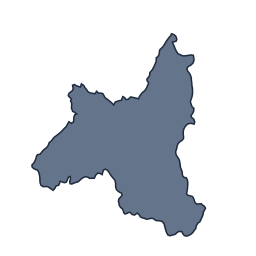 Santo Antônio do Jacinto, Minas Gerais, Brazil, rotated 189°
{"feature_id": "56859067B97088826230924", "entity_name": "Santo Antônio do Jacinto", "entity_type": "district", "adm_level": 2, "iso_a3": "BRA", "parent_name": "Brazil", "parent_adm1": "Minas Gerais", "projection": "robinson", "projection_center": [-40.275, -16.528], "detail": "fine", "context": "isolated", "style": "filled", "palette": "slate", "viewbox_px": 256, "rotation_deg": 189, "n_neighbors": 0, "source": "geoboundaries", "source_scale": "gbopen_adm2", "svg_char_len": 3611}
<svg xmlns="http://www.w3.org/2000/svg" viewBox="0 0 256 256"><g transform="rotate(189 128 128)"><path d="M217.1,76.6L216.7,74.6L215.0,73.3L213.0,72.6L211.3,72.4L209.7,71.1L208.4,68.4L207.5,65.9L206.9,63.0L206.3,60.2L205.0,57.8L202.6,56.7L200.2,57.3L198.1,57.5L195.3,56.2L192.2,54.7L190.7,57.1L190.0,59.5L187.5,60.6L186.9,63.0L186.5,64.8L184.4,64.4L182.4,64.0L180.5,64.8L179.7,67.5L179.1,70.1L177.6,71.1L176.8,68.9L177.3,66.1L176.5,63.9L174.6,63.9L172.9,65.1L170.7,66.2L169.1,66.9L167.6,68.5L166.3,70.3L164.8,71.7L162.6,73.2L160.1,73.2L158.2,72.3L156.0,72.6L153.4,73.1L152.5,76.4L150.8,78.7L148.3,78.7L146.2,77.9L146.0,80.8L145.5,82.7L144.0,83.8L141.8,83.1L139.5,80.9L137.9,78.9L136.2,77.3L134.5,75.9L132.7,74.3L131.6,71.4L131.0,67.9L129.8,65.4L127.6,63.8L126.0,63.2L124.1,62.5L123.4,60.6L124.6,58.5L126.0,56.4L126.0,54.2L125.2,52.3L124.6,50.3L122.9,48.4L120.8,47.2L119.7,45.5L119.0,43.7L117.6,42.6L116.0,43.2L114.7,44.4L112.7,45.0L110.5,43.3L108.0,43.0L105.5,45.4L103.4,44.0L101.8,42.1L99.4,41.4L97.7,41.5L96.2,40.8L94.1,41.1L92.4,41.9L90.4,42.6L88.2,42.2L86.3,41.1L84.4,41.0L82.6,41.3L79.6,41.0L77.4,39.1L76.5,36.9L75.7,35.0L74.7,32.9L73.5,30.7L71.9,28.6L69.8,28.1L67.2,29.3L64.7,30.4L63.4,32.2L61.7,33.7L58.7,34.1L56.9,31.7L55.4,30.5L52.7,30.5L50.2,32.1L48.8,33.4L47.4,35.2L46.4,37.5L45.4,39.1L45.2,42.0L44.2,44.8L42.3,46.7L41.7,48.7L40.9,51.5L40.3,54.3L40.4,56.8L39.6,58.7L38.9,61.0L40.4,62.7L42.3,63.6L43.7,64.6L45.7,64.2L48.3,63.6L50.4,65.2L51.4,67.3L52.6,69.4L54.2,70.6L56.5,70.7L58.7,71.1L59.9,72.3L59.8,74.7L59.8,77.4L60.0,80.2L60.3,82.9L61.2,86.0L62.7,88.0L64.8,88.0L66.4,89.1L67.1,90.9L67.5,92.8L68.8,95.3L70.1,97.5L71.0,100.8L72.2,104.2L73.8,106.3L75.6,108.2L76.7,109.9L77.2,112.3L76.7,115.1L76.7,117.5L76.2,120.1L75.0,122.1L73.7,123.3L72.4,124.7L71.5,126.3L71.8,128.3L72.4,130.4L72.8,132.3L72.8,135.2L72.0,137.8L70.6,140.3L69.3,141.5L67.3,142.3L65.2,142.4L63.4,142.1L63.0,144.3L64.4,147.0L66.7,148.3L67.8,150.2L66.5,152.2L65.8,154.8L66.0,157.8L67.8,158.7L69.1,160.9L70.5,163.5L70.2,166.1L69.7,168.5L69.6,171.7L70.0,174.5L70.5,177.1L71.5,179.9L72.1,182.6L72.9,185.3L73.4,187.6L74.7,190.2L76.2,192.0L77.9,193.5L79.2,195.8L78.0,198.3L75.7,200.0L73.9,202.4L73.4,205.3L73.9,207.2L74.8,210.0L76.8,210.1L78.7,209.5L80.6,208.9L82.7,208.3L85.1,207.8L87.6,208.5L90.3,209.2L92.7,212.0L94.1,214.1L95.1,216.0L96.5,217.8L97.5,219.8L95.4,220.6L93.9,221.4L93.7,223.5L94.9,225.8L96.5,227.1L98.1,227.6L99.8,227.9L100.2,225.9L101.4,224.3L103.5,220.2L105.9,214.2L108.9,210.1L108.9,205.1L109.7,203.2L111.1,201.7L110.6,198.0L111.8,193.3L113.1,189.3L115.1,186.2L114.9,183.0L117.0,179.1L116.4,177.3L114.7,176.0L115.1,173.7L116.0,170.4L117.2,167.6L119.4,165.2L121.6,161.1L122.2,158.5L124.6,158.8L130.2,159.1L132.3,156.4L134.4,155.8L136.2,157.6L138.1,158.2L138.8,154.4L142.1,153.1L144.6,151.7L145.8,148.5L148.2,150.4L153.1,153.3L155.0,153.9L158.2,158.0L160.7,158.2L162.7,157.8L164.7,159.4L166.0,156.7L168.7,156.7L171.1,156.7L173.5,157.8L175.0,159.6L177.1,161.4L178.2,163.0L180.9,164.3L181.5,160.9L183.8,161.4L185.5,161.5L187.6,162.6L189.5,161.6L188.6,159.3L188.3,156.9L189.6,155.2L191.6,153.3L192.1,150.5L190.4,149.3L188.4,147.6L189.0,145.6L187.7,144.2L187.2,141.9L187.0,138.9L185.2,135.7L183.4,135.3L180.9,133.8L182.7,132.7L183.1,130.8L183.0,128.6L182.7,125.7L184.6,123.7L187.3,125.0L188.4,122.3L189.2,119.8L190.7,117.8L191.9,116.1L193.3,114.0L195.4,111.5L197.6,109.2L199.7,107.0L200.7,105.2L201.7,103.2L203.5,101.4L203.9,99.1L204.6,97.0L205.7,95.5L207.1,94.1L208.4,92.5L209.4,90.8L210.7,88.4L213.2,87.5L214.0,85.8L214.1,83.6L214.8,80.6L215.9,78.1L217.1,76.6Z" fill="#64748b" stroke="#1e293b" stroke-width="1.5"/></g></svg>